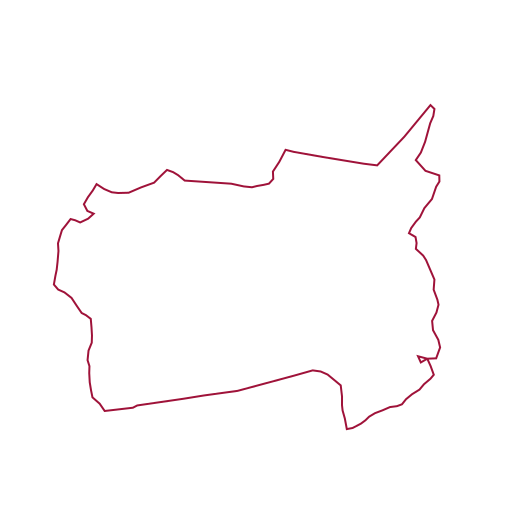 Limoeiro de Anadia, Alagoas, Brazil, rotated 190°
{"feature_id": "56859067B58841982449000", "entity_name": "Limoeiro de Anadia", "entity_type": "district", "adm_level": 2, "iso_a3": "BRA", "parent_name": "Brazil", "parent_adm1": "Alagoas", "projection": "natural_earth1", "projection_center": [-36.471, -9.746], "detail": "fine", "context": "isolated", "style": "outline", "palette": "rose", "viewbox_px": 512, "rotation_deg": 190, "n_neighbors": 0, "source": "geoboundaries", "source_scale": "gbopen_adm2", "svg_char_len": 1746}
<svg xmlns="http://www.w3.org/2000/svg" viewBox="0 0 512 512"><g transform="rotate(190 256 256)"><path d="M378.1,77.1L350.9,85.2L347.0,88.2L312.7,99.5L302.7,102.8L283.1,109.6L250.7,120.0L197.5,144.9L180.3,153.2L172.3,153.5L164.9,151.7L150.1,143.3L146.9,132.6L145.4,124.0L143.9,118.9L140.3,111.4L136.5,101.3L131.0,103.4L123.6,109.1L119.7,113.2L116.7,117.4L111.5,121.9L104.6,126.0L97.8,130.5L91.1,132.6L86.5,135.3L83.4,141.0L78.3,147.0L71.8,152.8L68.3,158.9L62.9,165.4L60.3,169.9L64.9,177.9L69.5,184.6L60.8,186.5L58.8,197.9L61.9,205.1L68.8,213.7L71.3,222.7L68.5,231.6L67.8,239.7L69.8,244.5L75.2,253.7L76.2,263.8L87.8,281.5L91.4,285.4L99.8,290.8L100.1,296.6L102.2,302.4L109.3,305.0L108.0,310.5L104.5,317.6L101.4,322.4L98.5,332.4L92.6,342.7L90.6,355.5L88.3,361.2L89.5,367.2L103.9,369.3L115.3,378.2L111.6,386.5L109.3,397.8L107.5,417.0L105.7,424.6L105.8,431.8L110.4,434.9L130.6,399.3L152.4,366.3L165.9,365.6L207.2,365.1L236.8,365.1L245.3,365.7L249.4,352.8L254.0,342.1L252.4,334.9L255.8,329.5L260.8,327.4L267.2,325.1L271.9,323.0L280.1,322.4L292.9,322.9L339.3,317.9L346.8,322.1L352.2,324.2L358.6,325.3L364.0,317.9L369.1,310.5L373.5,308.0L381.1,303.6L392.4,296.2L402.7,294.1L409.1,293.7L417.2,295.6L425.5,299.1L428.1,292.2L431.7,284.8L434.5,277.1L429.9,271.1L423.2,269.5L427.8,263.6L435.0,258.5L440.3,259.8L445.0,260.2L448.5,253.5L451.6,247.8L452.4,241.2L453.2,234.1L451.4,226.6L450.4,215.6L449.9,207.8L450.1,201.8L450.1,192.8L445.0,188.6L438.3,186.9L430.4,182.7L423.4,175.3L417.8,169.6L413.2,168.2L407.8,165.4L405.6,157.1L403.7,149.1L402.7,142.1L404.5,133.8L403.8,124.2L400.9,118.6L399.9,111.7L397.8,102.7L395.1,95.0L392.5,88.4L384.3,83.4L378.1,77.1ZM69.5,184.6L75.2,179.8L79.0,185.4L69.5,184.6Z" fill="none" stroke="#9f1239" stroke-width="2"/></g></svg>